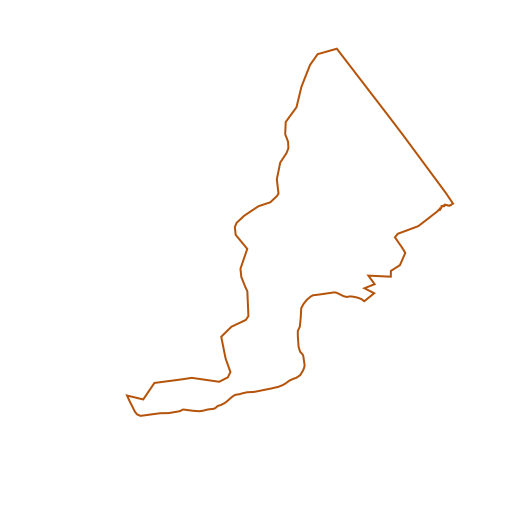 the district of St. Charles, Missouri, United States of America, rotated 142°
{"feature_id": "52423323B56578424845475", "entity_name": "St. Charles", "entity_type": "district", "adm_level": 2, "iso_a3": "USA", "parent_name": "United States of America", "parent_adm1": "Missouri", "projection": "natural_earth1", "projection_center": [-90.636, 38.751], "detail": "fine", "context": "isolated", "style": "outline", "palette": "amber", "viewbox_px": 512, "rotation_deg": 142, "n_neighbors": 0, "source": "geoboundaries", "source_scale": "gbopen_adm2", "svg_char_len": 2230}
<svg xmlns="http://www.w3.org/2000/svg" viewBox="0 0 512 512"><g transform="rotate(142 256 256)"><path d="M168.6,318.3L179.4,314.7L192.4,303.6L199.8,291.4L202.4,290.4L211.6,289.5L223.4,293.7L240.4,295.0L250.8,294.1L254.8,291.9L259.0,285.2L258.5,267.0L276.1,255.5L280.5,248.5L283.5,238.1L284.5,233.6L299.0,213.3L303.4,211.9L318.9,215.4L333.1,213.8L343.0,194.1L347.6,180.3L352.9,177.7L362.5,179.6L381.6,199.5L390.3,204.4L414.2,218.5L433.2,212.4L443.5,225.4L444.8,220.2L447.3,207.7L447.2,204.3L445.4,201.1L428.3,191.1L421.6,186.0L412.5,181.1L411.0,180.4L408.8,180.2L407.7,179.7L402.5,174.4L400.6,172.5L396.3,168.6L393.0,166.7L388.0,164.5L384.1,162.0L382.4,161.3L381.1,161.2L378.5,161.4L375.4,160.2L372.7,159.7L372.0,159.5L369.2,159.3L362.5,159.7L359.2,159.6L357.7,159.3L354.0,157.2L351.1,156.1L346.9,154.1L341.1,150.0L324.7,141.8L323.5,141.3L319.1,139.2L314.3,137.8L311.3,137.4L306.1,137.2L302.1,136.2L299.3,135.2L294.5,134.9L289.3,136.9L286.9,138.3L285.0,139.9L280.4,147.9L280.0,149.2L279.9,150.2L280.2,153.4L278.3,158.3L272.5,166.9L269.2,171.2L264.9,173.4L258.6,180.0L252.8,186.7L252.0,187.3L247.6,189.1L243.6,190.0L242.8,190.2L238.2,190.4L235.3,190.0L229.9,186.7L216.6,179.1L215.1,177.4L211.8,170.6L210.0,168.1L206.4,166.0L204.1,163.7L202.2,161.4L200.4,158.8L199.5,157.1L198.5,153.7L185.8,153.9L190.4,163.8L179.9,160.8L179.5,171.3L162.5,156.7L158.9,161.2L148.2,160.2L136.5,166.5L135.8,171.8L135.0,185.2L130.5,186.2L109.7,179.6L85.4,179.5L85.2,179.5L84.8,179.7L84.4,179.8L83.8,179.8L83.7,179.7L82.9,179.3L82.7,179.1L82.3,179.2L82.3,179.4L82.3,179.6L82.3,180.0L82.0,180.2L81.8,180.3L81.6,180.2L81.4,180.0L81.3,179.8L80.9,179.7L80.6,180.0L80.1,180.2L79.7,180.3L79.5,180.6L79.3,180.6L79.1,180.6L78.9,181.1L78.6,181.0L78.3,180.7L78.4,180.3L78.0,180.0L77.6,179.8L77.4,179.7L77.1,179.4L76.9,179.3L76.7,179.4L76.6,179.7L76.4,179.9L76.3,180.2L75.8,180.3L75.6,180.2L75.4,179.8L75.0,179.6L74.8,179.3L74.7,179.1L74.3,178.7L74.2,178.6L73.9,178.2L73.8,177.7L73.7,177.6L73.4,177.3L73.0,177.2L72.7,177.0L72.7,176.5L72.6,176.4L68.5,176.0L67.6,189.0L65.7,260.8L65.4,283.6L64.7,369.6L83.1,377.1L95.8,373.3L116.0,361.4L132.5,348.3L150.1,343.3L158.0,334.0L160.4,326.3L164.1,321.0L168.6,318.3Z" fill="none" stroke="#b45309" stroke-width="2"/></g></svg>